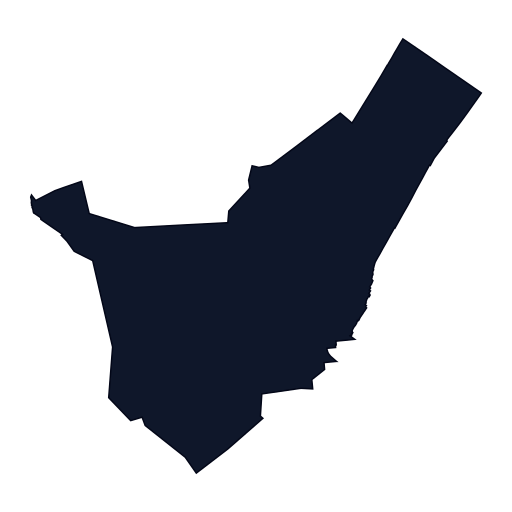 outline of Frontera, Coahuila, Mexico
{"feature_id": "50627088B59111908912503", "entity_name": "Frontera", "entity_type": "district", "adm_level": 2, "iso_a3": "MEX", "parent_name": "Mexico", "parent_adm1": "Coahuila", "projection": "natural_earth1", "projection_center": [-101.473, 26.954], "detail": "fine", "context": "isolated", "style": "filled", "palette": "ink", "viewbox_px": 512, "rotation_deg": 0, "n_neighbors": 0, "source": "geoboundaries", "source_scale": "gbopen_adm2", "svg_char_len": 4135}
<svg xmlns="http://www.w3.org/2000/svg" viewBox="0 0 512 512"><path d="M262.9,418.3L260.4,416.1L261.8,393.9L300.0,388.4L300.5,388.4L301.0,388.3L301.4,388.3L312.7,388.9L312.5,386.8L311.8,379.6L324.6,369.4L324.0,362.6L333.2,361.7L336.2,361.4L336.5,361.4L335.4,360.5L333.0,358.4L330.5,356.2L329.3,354.7L328.7,353.9L327.9,352.4L327.5,351.3L327.3,350.5L327.1,349.9L326.9,348.9L326.9,348.3L335.6,347.5L335.5,344.9L336.2,344.9L335.9,341.1L336.7,341.1L339.4,340.8L342.7,340.5L347.1,340.1L351.8,339.6L354.7,339.3L350.9,336.5L349.9,335.8L350.0,335.7L350.4,335.5L350.6,335.4L350.8,335.3L351.0,335.2L351.2,335.4L351.4,335.5L351.5,335.5L351.6,335.3L351.7,335.1L351.7,334.9L351.5,334.7L351.4,334.4L351.5,334.4L351.8,334.3L352.0,334.2L352.2,333.8L352.3,333.6L352.2,333.5L351.9,333.6L351.7,333.6L351.6,333.4L351.8,333.2L352.3,333.0L352.4,332.9L352.6,332.9L352.8,332.7L352.7,332.6L352.4,332.4L352.4,332.2L352.4,331.8L352.3,331.6L352.2,331.4L352.2,331.2L352.1,330.8L352.1,330.6L352.2,330.4L352.2,330.2L352.3,330.1L352.4,329.9L352.5,329.7L352.7,329.3L352.8,329.2L352.9,328.9L353.0,328.7L353.2,328.3L353.3,328.2L353.5,327.8L353.6,327.7L353.8,327.3L353.9,327.2L354.0,327.0L354.1,326.8L354.2,326.7L354.3,326.5L354.5,326.4L354.6,326.2L354.8,326.0L354.9,325.8L355.0,325.6L355.2,325.4L355.3,325.4L355.4,325.2L355.5,325.1L355.6,324.9L355.8,324.6L355.9,324.4L356.0,324.2L356.2,323.9L356.3,323.7L356.5,323.3L356.6,323.2L356.7,322.6L356.8,322.4L356.9,322.2L357.0,322.1L357.1,321.9L357.1,321.7L357.3,321.4L357.3,321.2L357.4,320.6L357.4,320.4L357.5,320.4L358.1,320.8L358.9,319.5L359.1,319.7L359.8,318.1L360.0,317.8L360.6,316.7L361.1,316.1L361.5,315.5L361.9,314.8L362.4,314.2L362.8,313.5L363.2,313.0L363.6,312.2L364.1,311.6L365.0,310.3L365.1,310.1L365.4,309.7L365.8,309.0L366.6,307.9L365.5,306.9L365.9,306.2L366.4,305.6L365.1,304.6L366.1,303.0L365.9,302.9L365.7,302.7L366.2,301.2L366.7,299.6L367.0,298.9L367.5,298.2L368.1,297.1L368.6,296.3L369.2,296.7L369.3,296.5L369.6,296.0L370.0,295.3L369.6,294.9L369.9,294.3L368.8,293.5L369.6,292.2L370.5,290.9L369.3,290.0L370.1,288.7L370.6,288.0L369.6,286.9L370.0,286.4L370.7,285.2L370.9,285.0L371.0,284.8L371.4,284.1L371.6,283.9L371.8,283.2L372.2,282.3L372.6,281.3L372.9,280.7L372.4,280.1L371.8,279.4L371.7,278.7L371.8,278.4L371.8,278.2L371.8,277.9L371.9,277.7L372.0,277.6L372.1,277.4L372.1,277.0L372.1,276.9L372.1,276.7L372.1,276.4L372.1,276.2L372.4,275.7L372.5,275.5L372.6,275.4L372.6,275.2L372.8,274.7L373.0,274.3L373.0,274.0L372.9,273.9L372.9,273.7L372.7,273.3L372.8,272.5L372.7,272.2L372.8,271.8L372.9,271.5L373.0,271.1L373.2,270.8L373.3,270.5L373.5,270.1L373.5,269.9L373.6,269.6L373.6,269.4L373.4,269.2L373.4,268.6L373.7,267.6L373.8,267.1L373.9,266.7L374.4,264.7L374.7,263.8L375.0,262.6L375.9,260.8L378.2,256.7L379.9,253.8L381.1,251.6L382.4,249.2L383.0,248.1L385.3,244.1L387.4,240.4L389.2,237.1L389.3,236.9L394.6,227.6L395.0,228.0L396.1,226.0L397.4,223.7L402.8,214.0L407.7,205.5L411.7,198.1L414.7,192.3L415.9,190.0L417.1,187.8L418.8,184.7L422.5,178.0L425.3,172.7L427.7,168.4L429.5,165.0L430.3,165.5L434.2,158.2L447.2,141.1L446.5,140.3L449.1,136.9L453.5,131.3L460.4,122.3L467.7,112.3L469.1,110.3L479.4,95.8L481.3,93.0L444.7,67.7L427.8,55.9L402.9,38.9L400.0,43.6L397.3,48.3L394.5,53.0L391.8,57.9L388.9,62.7L387.2,65.8L387.0,65.6L380.9,76.1L373.9,87.6L362.3,106.4L354.2,119.6L353.9,120.1L352.0,123.1L343.1,115.5L340.2,113.1L317.9,130.0L317.2,130.4L316.7,130.8L299.0,144.3L283.0,156.3L282.9,156.4L282.8,156.5L280.6,158.1L271.1,165.2L260.1,167.2L258.8,167.4L255.2,166.5L252.1,165.8L252.0,166.3L248.9,178.9L248.6,180.2L248.8,181.1L249.8,187.6L249.9,188.1L245.2,193.3L244.4,194.1L228.8,211.0L227.8,222.7L212.5,223.5L208.7,223.7L196.8,224.3L183.1,225.0L134.6,227.6L89.2,213.6L81.5,181.4L63.5,187.6L54.9,190.7L35.7,200.5L31.5,195.0L30.7,197.1L31.5,200.6L31.3,202.9L31.8,204.8L31.5,205.1L32.5,206.6L32.0,207.1L32.9,209.3L33.3,211.9L33.7,213.0L34.0,213.2L34.3,213.3L40.2,217.3L40.7,217.9L40.9,219.4L62.6,234.4L61.3,235.3L66.9,241.1L68.7,243.6L74.2,251.3L92.7,260.6L112.6,347.0L108.7,397.7L130.7,420.6L142.1,417.2L145.2,425.5L185.2,457.2L196.3,473.1L227.9,448.9L262.9,418.3Z" fill="#0f172a" stroke="#020617" stroke-width="1.5"/></svg>